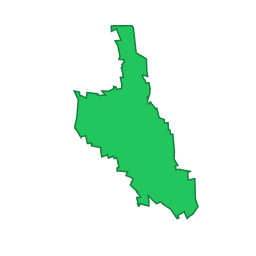 Doctor Arroyo, Nuevo León, Mexico (Robinson projection), rotated 165°
{"feature_id": "50627088B71309560932065", "entity_name": "Doctor Arroyo", "entity_type": "district", "adm_level": 2, "iso_a3": "MEX", "parent_name": "Mexico", "parent_adm1": "Nuevo León", "projection": "robinson", "projection_center": [-100.316, 23.81], "detail": "fine", "context": "isolated", "style": "filled", "palette": "green", "viewbox_px": 256, "rotation_deg": 165, "n_neighbors": 0, "source": "geoboundaries", "source_scale": "gbopen_adm2", "svg_char_len": 4285}
<svg xmlns="http://www.w3.org/2000/svg" viewBox="0 0 256 256"><g transform="rotate(165 128 128)"><path d="M170.5,177.7L170.2,176.3L169.2,170.8L168.7,168.2L170.1,164.3L170.6,162.8L171.7,159.8L174.9,151.0L177.2,146.7L178.2,144.8L179.4,141.7L177.9,138.3L177.1,135.4L176.9,134.7L175.9,131.1L175.6,131.8L170.9,131.4L170.9,130.0L171.0,128.0L171.1,126.9L171.2,124.8L171.2,123.5L167.1,123.1L166.8,122.0L167.5,122.0L168.1,120.5L160.2,116.5L159.1,116.0L159.4,115.5L160.0,114.5L160.7,108.5L160.9,106.9L160.1,107.0L158.7,107.1L156.4,107.2L154.8,107.3L154.7,105.9L154.6,104.0L154.1,104.1L152.1,104.2L149.3,104.4L149.1,101.9L146.7,102.1L146.6,100.3L146.4,97.6L146.8,97.6L146.8,92.7L149.1,92.1L149.5,89.1L147.8,88.9L140.3,85.9L139.9,85.7L142.2,82.6L141.4,82.1L136.7,78.6L136.7,76.6L138.4,74.8L138.7,75.1L139.0,74.5L138.7,74.3L139.7,73.3L140.2,72.7L140.5,72.3L135.5,64.0L136.1,63.9L133.7,58.1L136.5,58.1L136.7,58.7L137.7,58.4L137.7,55.8L137.7,55.7L137.7,52.6L137.7,52.4L137.9,52.5L138.0,52.5L138.4,52.6L138.4,52.3L138.3,52.2L138.2,51.7L138.1,51.4L138.1,50.8L137.9,50.4L137.7,50.4L137.8,49.7L137.6,49.6L135.8,51.7L128.1,47.2L127.6,48.5L125.9,57.2L123.1,52.4L122.6,51.6L121.7,50.0L121.1,49.1L120.1,47.5L115.6,48.2L113.4,44.8L109.8,40.8L108.9,39.9L108.3,39.2L107.8,38.6L107.2,37.1L105.6,32.1L105.4,31.7L105.1,30.7L105.0,30.4L104.9,30.3L104.8,29.9L104.7,29.7L104.5,29.1L104.4,28.8L104.4,28.7L104.1,27.8L103.5,27.9L102.1,28.0L102.5,30.7L98.9,31.6L98.1,31.8L97.7,31.9L95.4,32.5L94.3,25.2L91.9,26.7L90.0,27.2L89.8,27.3L89.3,27.5L87.8,28.0L85.9,29.5L80.7,33.9L81.1,38.4L81.2,42.3L79.2,50.6L76.6,61.8L79.0,61.9L83.2,62.1L82.6,65.9L82.0,69.4L80.6,69.7L79.3,70.1L82.6,71.6L87.1,73.7L88.0,74.1L88.2,74.5L92.5,75.5L92.2,78.9L89.5,78.9L89.8,80.0L90.1,80.9L90.4,82.0L90.8,83.5L91.6,86.4L91.3,87.2L90.6,89.1L90.5,89.4L89.5,92.4L89.2,93.6L88.2,99.5L87.9,101.3L86.6,108.6L86.3,110.5L86.9,110.6L87.5,110.7L88.4,110.8L88.3,112.4L88.1,115.3L89.4,115.5L88.9,117.8L88.7,119.0L88.3,121.1L87.9,122.8L88.4,122.9L91.3,123.2L91.2,124.0L90.9,126.7L90.9,126.9L95.2,129.7L95.1,136.7L95.1,139.6L96.2,139.1L98.4,144.3L99.2,145.4L99.4,146.4L99.4,146.5L99.2,146.6L99.4,147.1L99.5,147.2L99.6,146.9L99.7,147.0L99.8,147.2L100.0,147.2L100.0,146.8L100.1,146.7L100.0,146.3L100.6,146.1L101.3,146.1L101.5,146.0L102.1,146.0L102.3,149.0L101.8,149.7L101.0,150.9L100.5,151.8L101.7,152.4L101.1,153.4L99.8,152.9L99.4,153.6L98.9,154.4L98.6,154.9L97.9,155.9L96.6,160.7L96.4,160.5L96.1,164.8L96.0,166.3L99.0,166.6L99.1,168.3L99.3,170.3L100.4,171.9L100.4,175.4L99.7,175.3L95.6,172.7L95.4,175.1L95.1,178.2L92.4,189.8L92.9,190.6L100.7,198.5L100.2,201.6L99.1,209.2L98.3,214.0L97.0,222.7L97.0,223.5L97.6,225.8L100.6,226.6L101.1,226.7L101.8,226.9L104.0,227.5L106.0,228.0L107.7,228.4L109.9,229.0L113.9,230.0L115.3,230.4L116.1,230.5L117.9,230.8L118.6,227.3L119.0,225.6L113.5,226.7L112.0,214.5L117.9,215.5L116.6,210.6L116.5,210.4L117.2,199.5L117.2,199.4L117.6,198.6L117.9,198.3L119.0,196.6L118.2,196.4L117.0,195.9L114.4,195.0L114.2,194.6L114.2,194.3L114.3,194.0L114.4,193.8L114.4,193.7L114.5,193.2L114.6,192.8L114.9,193.0L115.0,193.0L115.2,192.7L115.4,192.5L115.5,192.5L115.6,192.3L115.7,192.1L115.9,191.8L116.4,191.4L116.8,191.2L117.4,191.1L117.5,191.0L117.6,190.8L117.6,190.6L117.4,190.5L117.3,190.4L117.2,190.2L117.3,190.1L117.2,189.8L117.2,189.4L117.3,189.2L117.5,189.0L117.7,188.9L117.7,188.7L117.9,188.7L118.0,188.3L118.3,188.1L118.4,187.9L118.5,187.9L118.7,187.6L118.8,187.6L118.6,187.4L118.8,185.7L119.3,178.2L122.3,178.9L122.4,177.0L122.4,176.8L122.4,176.6L122.4,176.4L122.5,175.2L122.5,174.9L122.5,174.6L122.6,174.3L122.7,171.8L123.1,170.4L123.6,168.8L123.7,168.3L123.9,167.9L126.8,168.1L128.9,168.3L128.9,170.4L129.6,170.9L129.6,171.0L129.8,171.5L129.8,171.1L131.2,171.9L131.5,169.8L132.1,169.6L132.8,169.5L133.4,169.3L134.1,169.2L134.8,169.1L136.0,168.8L136.5,168.7L137.3,168.7L137.5,168.6L138.5,169.0L139.5,169.2L139.4,169.3L143.7,170.5L143.2,169.5L142.2,167.6L141.2,165.6L141.6,165.7L142.0,165.9L142.6,166.1L142.8,166.0L143.1,166.0L143.6,166.2L144.3,166.4L145.4,166.5L146.0,166.4L146.9,166.6L147.5,167.3L147.8,167.7L148.5,167.8L148.9,167.8L149.1,167.8L148.7,169.0L158.3,172.9L160.6,167.7L162.4,169.3L162.6,169.5L164.4,171.1L166.2,171.4L165.6,175.3L168.1,176.4L170.2,177.6L170.5,177.7Z" fill="#22c55e" stroke="#15803d" stroke-width="1.5"/></g></svg>